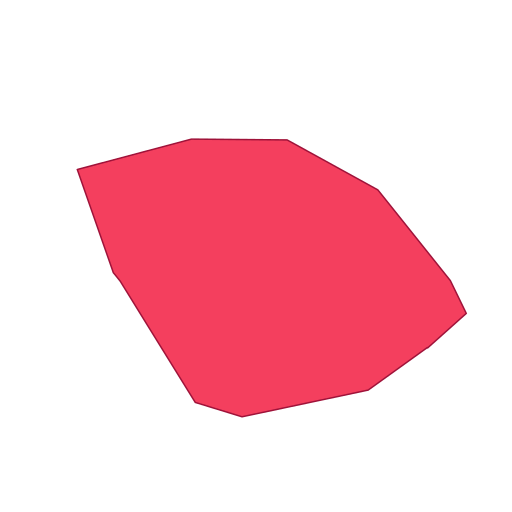 Forestiere, Castries, Saint Lucia (Natural Earth projection), rotated 142°
{"feature_id": "8701671B66587320665101", "entity_name": "Forestiere", "entity_type": "district", "adm_level": 2, "iso_a3": "LCA", "parent_name": "Saint Lucia", "parent_adm1": "Castries", "projection": "natural_earth1", "projection_center": [-60.956, 13.977], "detail": "fine", "context": "isolated", "style": "filled", "palette": "rose", "viewbox_px": 512, "rotation_deg": 142, "n_neighbors": 0, "source": "geoboundaries", "source_scale": "gbopen_adm2", "svg_char_len": 570}
<svg xmlns="http://www.w3.org/2000/svg" viewBox="0 0 512 512"><g transform="rotate(142 256 256)"><path d="M378.6,331.0L378.7,330.6L378.6,328.2L378.5,319.8L383.4,275.3L383.5,274.4L393.7,180.8L393.7,180.6L394.0,178.0L371.3,145.5L366.0,137.9L326.7,118.7L251.2,81.8L250.3,81.3L185.3,78.7L177.5,78.4L177.3,77.9L165.3,78.7L125.7,81.3L125.6,81.6L125.4,82.4L118.0,117.0L119.0,207.3L119.3,233.1L151.2,307.7L159.8,327.8L160.0,328.3L225.4,380.3L235.0,387.9L343.1,434.0L343.6,434.1L376.4,337.4L377.2,335.0L378.6,331.0Z" fill="#f43f5e" stroke="#9f1239" stroke-width="1.5"/></g></svg>